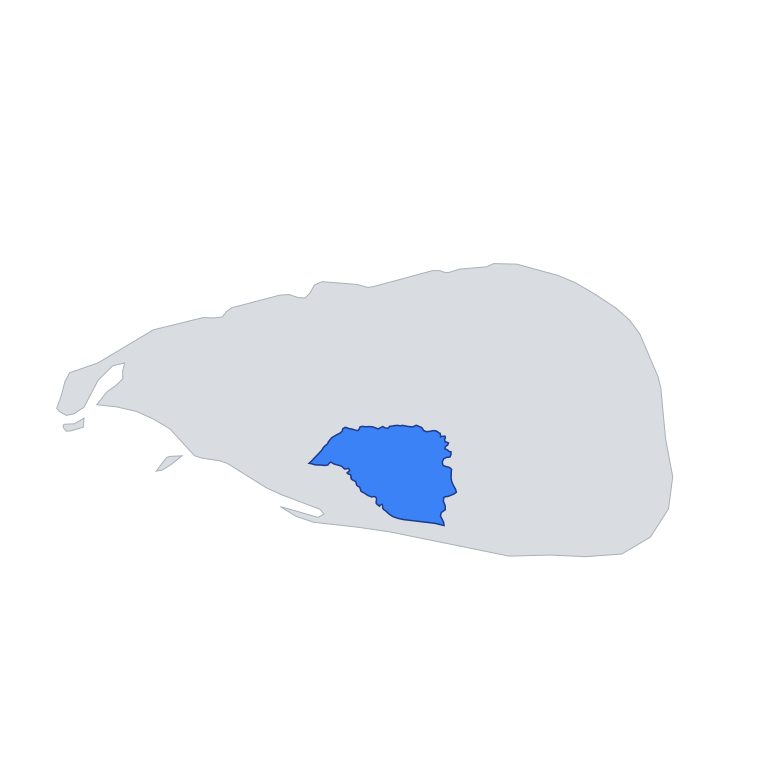 where Kuruṇægala sits in Sri Lanka, rotated 286°
{"feature_id": "LKA-2461", "entity_name": "Kuruṇægala", "entity_type": "District", "adm_level": 1, "iso_a3": "LKA", "parent_name": "Sri Lanka", "parent_adm1": "", "projection": "robinson", "projection_center": [80.272, 7.727], "detail": "fine", "context": "in_parent", "style": "filled", "palette": "blue", "viewbox_px": 768, "rotation_deg": 286, "n_neighbors": 0, "source": "natural_earth", "source_scale": "10m", "svg_char_len": 3149}
<svg xmlns="http://www.w3.org/2000/svg" viewBox="0 0 768 768"><g transform="rotate(286 384 384)"><path d="M270.3,76.1L283.8,77.0L298.1,76.6L308.2,78.7L325.5,103.3L372.5,147.3L398.1,192.0L400.4,201.7L403.9,210.2L410.1,212.5L415.2,216.4L440.8,259.5L443.8,268.1L443.4,277.5L444.9,284.5L451.6,288.0L459.9,289.8L465.3,296.3L472.3,330.7L472.3,341.5L474.2,346.1L506.5,399.7L508.3,406.2L508.0,411.1L508.9,415.3L515.2,424.8L524.9,450.3L529.9,456.1L535.8,478.5L536.3,521.2L534.1,540.2L528.1,563.3L521.0,585.9L513.3,602.2L502.7,616.0L466.6,645.4L456.2,651.3L409.1,669.7L374.4,687.1L342.4,691.9L310.3,682.3L286.1,659.4L273.7,625.7L265.3,590.6L253.0,551.6L243.5,431.1L239.0,397.5L231.7,354.6L232.5,336.0L237.6,318.1L237.6,357.2L242.4,362.1L245.9,357.1L249.2,316.6L251.8,299.4L264.6,254.8L264.9,246.9L262.6,230.1L262.8,221.7L281.9,190.4L286.7,172.2L289.4,153.6L288.3,133.4L284.9,113.6L300.3,119.9L308.7,126.8L317.3,131.5L324.4,129.1L332.8,129.0L326.8,118.2L308.9,108.2L279.2,102.1L269.9,94.2L266.3,87.3L268.2,79.3L270.3,76.1ZM255.2,197.6L259.3,209.6L247.7,201.4L240.1,194.5L237.4,189.0L253.1,195.2L255.2,197.6ZM268.5,105.1L259.7,106.9L252.8,96.3L251.1,91.7L253.0,88.6L254.9,87.0L257.1,87.5L260.4,97.4L268.5,105.1Z" fill="#d9dde1" stroke="#a8b0b8" stroke-width="1"/><path d="M332.0,467.5L330.7,464.4L328.6,462.0L325.3,461.5L322.2,462.9L321.7,465.9L321.9,469.2L321.4,471.1L320.4,472.6L318.9,472.7L312.0,474.4L308.7,476.1L305.7,478.6L302.8,481.6L299.9,483.4L297.4,481.4L293.9,476.9L293.1,475.6L292.7,474.2L291.5,472.7L287.6,473.4L284.1,476.2L280.1,477.6L276.2,474.5L272.8,474.6L267.5,479.4L264.5,480.7L264.1,471.2L259.0,439.8L258.7,434.3L259.0,428.8L260.5,424.4L262.6,420.4L263.1,418.6L264.1,417.0L266.2,416.4L267.8,415.4L267.1,413.9L265.3,413.4L266.0,411.4L267.0,409.5L268.8,408.9L270.8,408.7L272.4,408.0L273.3,406.5L272.8,404.8L272.0,403.1L272.5,398.9L273.8,395.0L274.1,393.1L274.6,391.4L276.4,390.3L278.1,389.0L278.5,387.3L279.2,385.6L282.2,383.9L282.7,382.4L282.9,380.8L283.8,378.6L285.9,377.5L285.7,377.8L285.6,378.1L286.5,377.8L287.6,376.5L287.6,374.6L288.4,373.0L291.3,374.9L293.1,373.3L291.4,369.8L292.2,367.9L293.3,366.1L293.4,362.5L293.3,358.2L293.9,356.1L294.2,354.2L292.5,353.0L290.6,352.3L289.3,349.4L288.8,346.3L287.3,340.0L287.4,336.8L287.1,333.8L290.2,335.7L303.1,342.4L305.9,343.1L308.5,344.4L310.6,346.1L313.2,346.5L317.9,348.5L322.1,352.4L324.4,355.0L326.9,356.8L329.6,356.7L331.7,358.6L331.7,360.6L331.5,362.6L331.9,366.0L331.7,368.9L332.0,371.7L333.9,372.6L336.2,372.8L337.4,375.0L337.7,377.7L339.0,381.4L339.7,385.1L339.2,390.7L342.8,394.5L342.1,397.1L342.5,399.9L343.7,400.7L344.8,401.0L345.8,403.5L347.2,406.2L348.1,408.9L348.2,411.6L348.7,412.0L349.4,413.2L349.8,418.5L350.6,423.4L353.2,426.3L353.1,428.1L352.7,430.0L352.7,431.5L352.2,432.8L350.2,434.9L349.9,438.3L351.3,441.5L352.2,443.0L352.9,444.7L353.3,446.7L353.0,448.6L352.2,449.8L352.1,451.5L350.4,452.4L348.8,452.9L349.9,454.9L350.7,457.0L349.2,457.9L347.2,457.5L345.2,458.8L345.4,460.5L345.2,462.2L342.8,462.0L340.6,460.2L338.6,460.2L338.1,463.4L337.5,464.3L337.1,465.2L337.2,466.3L337.4,467.0L334.9,467.8L332.0,467.5Z" fill="#3b82f6" stroke="#1e3a8a" stroke-width="1.5"/></g></svg>